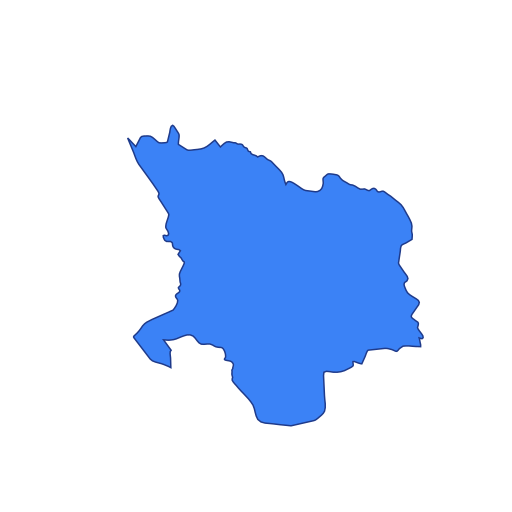 map outline of Durango (Natural Earth projection), rotated 143°
{"feature_id": "MEX-2710", "entity_name": "Durango", "entity_type": "State", "adm_level": 1, "iso_a3": "MEX", "parent_name": "Mexico", "parent_adm1": "", "projection": "natural_earth1", "projection_center": [-104.93, 24.579], "detail": "fine", "context": "isolated", "style": "filled", "palette": "blue", "viewbox_px": 512, "rotation_deg": 143, "n_neighbors": 0, "source": "natural_earth", "source_scale": "10m", "svg_char_len": 6130}
<svg xmlns="http://www.w3.org/2000/svg" viewBox="0 0 512 512"><g transform="rotate(143 256 256)"><path d="M123.5,239.9L122.3,239.7L121.4,239.3L120.7,238.6L120.2,237.3L120.1,236.2L120.2,235.2L120.1,234.2L119.5,233.3L118.6,232.7L116.4,231.9L115.5,231.3L114.9,230.2L114.4,228.7L114.0,227.2L113.6,225.8L112.5,222.8L111.7,219.6L110.9,216.3L110.0,213.1L109.3,209.7L109.3,206.1L109.8,202.4L110.3,199.0L110.7,195.7L111.3,192.2L112.1,188.8L113.5,186.0L114.6,184.7L115.8,183.4L116.8,182.2L118.3,179.1L119.3,177.8L121.4,175.4L128.6,176.2L129.8,176.5L131.2,176.8L132.6,177.0L133.8,176.8L135.0,176.0L136.3,174.8L137.5,173.4L138.6,172.3L143.3,167.7L144.5,166.5L145.4,165.6L146.2,164.9L146.7,164.0L147.0,162.6L147.4,154.3L147.4,151.5L147.5,148.7L148.3,146.5L150.4,145.3L151.5,145.3L152.7,145.4L153.7,145.2L154.8,144.3L155.5,143.0L156.0,141.4L156.8,138.2L157.1,135.4L156.6,132.7L155.7,130.1L153.8,125.3L153.1,122.8L153.5,120.7L155.4,119.2L166.4,115.6L167.6,115.0L168.4,114.3L168.7,113.4L168.5,111.8L168.0,110.3L167.6,108.7L166.6,105.7L166.8,104.6L167.8,103.4L170.1,101.6L170.3,101.0L170.5,100.0L170.6,98.2L170.6,96.2L170.6,94.0L170.8,91.8L171.6,90.3L172.7,89.9L173.6,90.4L174.3,91.4L175.0,92.4L175.6,90.9L177.0,88.1L177.6,86.7L177.9,86.1L178.3,85.5L179.1,84.5L180.0,85.3L181.0,86.1L182.9,87.6L185.3,89.7L187.7,91.9L190.3,93.9L192.8,95.5L196.1,95.7L197.8,95.6L199.4,95.2L200.9,95.1L201.9,96.1L202.8,97.8L203.8,99.5L205.0,101.0L206.1,102.4L207.3,103.6L208.7,104.7L223.1,113.3L224.3,113.1L226.2,112.1L229.3,110.1L236.4,106.2L237.2,107.0L238.7,109.0L241.0,112.6L242.1,113.3L242.9,112.3L243.6,110.9L244.5,109.9L245.9,109.8L247.4,109.9L254.3,111.2L257.8,112.5L261.2,114.4L264.4,116.9L266.6,119.2L269.1,121.5L271.7,122.3L274.0,119.9L285.4,103.2L287.5,99.9L289.6,96.4L292.0,93.2L294.7,90.8L297.0,89.9L299.5,89.5L304.4,89.2L306.1,89.2L307.5,89.3L308.8,89.7L310.4,90.4L330.2,99.3L333.3,102.2L338.4,106.9L340.9,109.3L343.4,111.7L346.1,114.2L349.3,117.1L351.9,120.5L352.9,124.4L352.1,128.2L350.7,131.7L349.2,135.1L348.1,138.8L347.9,142.6L348.0,146.5L348.4,150.5L348.8,154.3L349.1,156.5L349.3,158.7L349.5,160.9L349.7,164.7L349.9,166.5L350.0,168.9L349.8,171.0L349.0,172.2L347.9,172.9L347.4,173.8L347.0,174.9L346.4,176.1L345.3,177.4L344.7,178.1L344.2,179.0L343.7,179.5L343.0,179.8L342.3,180.1L341.7,180.8L340.8,181.5L340.0,182.2L339.3,183.0L339.0,184.2L339.1,186.0L339.6,187.2L340.4,188.3L342.0,190.0L342.7,190.8L343.3,191.6L343.4,192.4L342.9,192.9L342.2,193.1L341.5,193.3L341.0,193.7L339.8,195.4L338.9,197.3L338.3,199.3L338.0,201.5L338.2,202.8L338.7,203.7L339.5,204.5L340.4,205.2L341.6,206.4L342.7,207.7L343.5,209.2L344.2,211.0L345.7,213.4L348.1,215.2L350.7,216.8L352.8,218.6L353.8,221.0L354.0,223.9L354.0,227.0L354.4,229.9L356.0,232.6L358.6,234.5L361.5,235.6L364.1,236.4L366.8,237.1L369.5,237.8L372.1,238.8L374.6,240.2L376.1,241.1L377.5,242.2L378.9,243.5L380.3,244.7L380.5,231.8L382.0,231.3L383.4,229.7L385.6,226.0L391.2,218.1L392.3,220.4L393.6,222.6L394.9,224.8L396.3,226.9L400.1,231.8L401.8,234.6L402.5,237.4L402.7,264.0L402.5,265.0L401.8,265.5L397.3,266.0L394.4,266.6L391.6,267.4L388.7,268.4L385.8,268.9L383.1,268.9L380.3,268.4L377.3,267.9L354.8,262.7L352.6,263.3L349.7,264.4L347.0,265.9L345.2,267.7L344.9,268.9L344.9,270.3L344.8,271.6L344.3,272.6L343.3,273.2L342.0,273.4L339.5,273.3L338.5,273.5L337.8,274.1L337.4,275.1L337.5,276.3L337.1,277.4L336.1,277.7L334.9,277.8L333.9,278.1L333.1,278.8L332.6,279.8L332.3,280.8L331.7,281.8L330.3,284.1L329.3,286.0L328.0,287.7L325.9,289.1L322.5,290.8L319.9,292.1L317.5,293.5L316.9,294.6L317.4,296.1L317.2,297.9L317.0,299.7L317.4,301.7L317.3,304.2L315.2,305.0L313.2,305.7L313.7,307.5L314.8,308.6L315.9,309.9L316.6,311.3L316.7,313.1L316.4,314.2L315.9,315.2L315.3,316.1L314.9,317.2L315.5,319.0L317.1,320.2L318.7,321.5L319.4,323.4L319.2,324.9L318.7,326.8L317.8,328.1L316.6,327.7L315.2,325.9L313.7,325.5L312.4,326.3L311.5,328.5L311.3,329.9L311.2,331.4L311.0,332.8L310.2,334.0L308.5,335.7L306.6,337.1L302.7,339.8L301.4,340.9L300.6,341.7L300.3,342.8L300.1,344.8L299.2,356.5L299.0,359.9L298.7,361.7L298.2,362.7L296.8,363.5L296.0,364.1L295.6,365.1L295.3,366.9L294.9,375.2L294.7,383.4L294.4,399.8L294.0,402.9L293.3,406.0L292.4,409.1L291.5,412.0L287.5,427.5L287.1,424.6L286.8,421.6L286.1,415.7L277.0,420.1L275.3,420.2L273.4,419.3L270.0,416.9L268.3,415.2L267.3,413.0L266.7,410.5L266.0,406.9L265.7,405.9L265.4,405.0L264.8,404.3L263.5,403.2L261.4,401.8L259.4,400.6L258.1,400.4L250.4,406.7L249.1,408.0L247.4,409.5L245.6,410.6L243.9,410.5L243.5,409.0L243.6,406.7L244.1,400.5L244.4,399.3L245.1,398.2L246.3,396.8L248.8,394.3L250.2,392.7L250.8,391.8L247.8,383.8L247.2,382.3L246.5,381.3L245.6,380.6L244.3,379.7L241.5,378.1L238.4,376.2L235.4,374.6L232.4,373.5L229.1,373.0L225.7,373.0L222.3,373.2L219.0,373.3L218.8,364.5L216.2,364.8L213.5,365.0L211.0,364.8L208.8,363.5L207.8,362.4L206.7,361.1L205.7,359.9L204.7,359.1L204.2,358.6L203.9,358.0L203.7,357.3L203.4,356.7L202.6,355.8L201.6,355.2L200.7,354.4L200.0,353.3L199.9,352.5L200.0,351.6L200.0,350.7L199.8,349.8L199.3,348.9L198.7,348.1L198.4,347.2L198.7,346.1L198.9,345.3L199.0,344.5L198.8,343.8L197.8,342.6L197.9,342.0L198.2,341.4L198.3,340.7L197.6,338.9L196.5,337.4L195.5,335.8L195.1,334.1L194.1,333.9L193.1,333.7L192.2,333.4L191.3,332.9L190.2,331.8L189.6,330.2L189.2,328.4L188.9,326.8L188.4,325.4L187.7,324.2L187.1,323.0L186.8,321.7L186.2,316.5L185.4,310.5L185.2,307.4L185.6,304.5L186.5,302.1L187.5,299.9L188.4,297.6L189.1,295.1L187.5,295.8L186.1,296.1L184.8,295.7L183.6,294.4L182.6,292.6L181.8,290.7L180.4,286.8L179.0,282.4L178.1,280.2L177.0,278.5L170.7,272.3L170.1,271.7L169.4,271.2L168.7,270.8L168.0,270.4L165.4,269.9L163.0,270.3L160.8,271.6L158.6,273.5L157.9,274.5L157.2,275.6L156.5,276.7L155.7,277.6L154.7,278.0L153.7,278.1L152.6,278.1L151.5,278.2L150.2,278.3L149.2,278.2L148.3,277.7L147.1,276.7L145.9,275.6L144.8,274.5L142.6,272.1L142.0,271.0L141.7,269.9L141.7,268.7L141.8,267.5L141.6,265.9L141.4,264.6L141.0,263.4L139.6,260.2L139.2,259.3L138.9,258.4L138.3,257.0L137.7,256.1L136.1,254.5L134.7,251.9L133.7,249.1L132.5,246.6L130.4,245.1L129.1,244.4L128.4,243.4L127.8,242.2L127.1,240.9L126.3,240.1L125.5,239.9L123.5,239.9Z" fill="#3b82f6" stroke="#1e3a8a" stroke-width="1.5"/></g></svg>